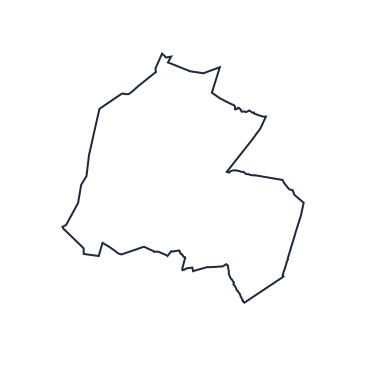 García, Nuevo León, Mexico (Robinson projection), rotated 38°
{"feature_id": "50627088B2977795978715", "entity_name": "García", "entity_type": "district", "adm_level": 2, "iso_a3": "MEX", "parent_name": "Mexico", "parent_adm1": "Nuevo León", "projection": "robinson", "projection_center": [-100.588, 25.805], "detail": "fine", "context": "isolated", "style": "outline", "palette": "slate", "viewbox_px": 384, "rotation_deg": 38, "n_neighbors": 0, "source": "geoboundaries", "source_scale": "gbopen_adm2", "svg_char_len": 5353}
<svg xmlns="http://www.w3.org/2000/svg" viewBox="0 0 384 384"><g transform="rotate(38 192 192)"><path d="M141.3,303.1L144.8,307.5L157.9,299.9L152.8,287.2L154.7,286.9L160.3,286.2L166.4,285.8L171.3,285.9L174.8,284.7L183.9,270.8L185.6,268.1L187.2,265.6L188.3,264.6L189.9,264.2L193.9,263.3L195.6,262.9L198.8,262.1L198.9,262.3L199.0,262.2L199.4,262.1L199.6,262.0L199.8,261.8L200.1,261.5L201.0,260.7L201.8,260.1L202.0,259.9L202.7,259.6L204.2,259.2L205.9,258.8L207.7,258.3L208.8,258.0L210.8,257.6L211.8,257.3L212.1,257.4L212.1,251.4L212.3,251.3L212.7,251.1L212.8,251.1L213.2,251.0L213.4,250.9L213.5,250.8L213.6,250.7L213.7,250.4L218.0,245.9L218.2,246.0L218.6,246.4L218.9,246.5L219.3,246.5L219.6,246.8L220.1,247.2L220.2,247.3L220.3,247.3L220.4,247.2L220.6,247.3L220.7,247.2L221.6,247.6L221.9,247.7L222.6,247.2L225.0,248.2L225.6,248.1L226.0,247.9L226.3,247.9L226.5,248.0L226.7,247.9L226.8,247.8L227.0,247.8L231.7,258.8L231.9,258.8L232.1,258.9L232.5,259.2L232.7,259.4L233.3,258.6L233.7,258.0L233.9,257.7L234.2,257.0L234.4,256.5L234.6,255.9L234.9,255.4L235.4,254.8L235.8,254.4L236.7,253.5L237.6,252.6L238.7,251.4L238.9,251.5L241.6,253.7L241.8,253.3L243.3,251.3L246.5,246.9L246.9,246.4L249.4,242.9L249.8,242.4L250.1,242.1L254.6,238.3L255.8,237.2L258.3,235.0L259.0,234.4L260.5,233.0L261.4,232.3L261.7,232.0L261.9,231.8L262.0,231.6L262.3,231.0L262.6,230.1L263.0,228.9L263.1,228.6L263.3,228.4L263.4,228.1L263.5,228.0L263.6,227.8L263.8,227.9L264.2,228.0L265.0,227.8L265.3,227.8L269.7,231.7L271.6,234.0L273.6,235.1L275.7,236.2L278.1,236.6L279.3,237.3L280.7,237.5L281.2,238.2L281.3,238.6L281.3,239.0L282.1,239.6L283.1,239.5L284.3,239.9L286.6,241.1L287.0,241.4L287.4,241.8L287.8,241.8L288.5,241.8L289.6,241.9L290.4,242.4L291.0,242.6L291.6,242.7L292.0,242.7L292.6,243.0L294.2,244.0L294.8,244.5L295.4,244.5L296.4,245.1L297.3,245.7L297.8,245.9L298.1,246.1L298.6,246.0L298.9,246.0L299.2,246.2L299.3,246.4L299.4,246.7L299.6,246.9L299.9,246.9L300.1,246.8L300.3,246.8L300.6,246.9L300.8,247.0L301.2,246.9L301.5,246.9L307.8,227.6L309.7,222.0L310.7,218.8L311.8,215.7L312.4,214.0L313.5,210.5L315.3,205.2L315.6,204.1L316.1,202.5L316.1,202.2L315.9,202.2L315.7,202.2L315.4,202.2L315.0,202.1L314.9,201.6L314.6,201.6L314.5,201.4L314.4,201.3L314.4,201.2L314.2,200.6L314.1,200.4L314.0,200.1L313.8,199.5L313.4,198.6L313.1,197.8L312.9,197.4L312.9,197.2L312.8,196.7L312.4,195.4L311.1,192.1L310.6,190.8L310.1,189.5L310.1,189.4L309.8,189.2L309.7,189.1L309.6,188.8L309.4,187.7L309.3,187.2L309.1,186.0L309.0,185.9L308.9,185.8L308.5,185.7L308.4,185.6L308.2,185.1L307.5,183.2L307.0,181.9L306.2,179.8L306.1,179.6L304.6,175.6L304.5,175.4L304.4,175.4L304.4,175.2L303.7,173.4L303.3,172.3L302.9,171.4L302.5,170.5L302.5,170.3L301.8,168.4L299.6,162.7L298.2,159.3L292.3,143.4L286.6,131.7L274.5,131.2L273.1,130.5L272.3,129.7L270.3,129.0L270.3,128.7L266.8,130.0L259.4,128.3L255.9,126.8L231.2,140.1L231.3,140.2L230.9,140.4L230.7,140.5L230.4,140.7L230.2,141.0L229.8,141.2L229.6,141.4L229.5,141.5L229.3,141.7L228.7,142.0L228.4,142.2L227.9,142.3L227.5,142.6L227.2,142.7L226.7,142.9L226.3,142.9L225.7,143.2L225.5,143.3L225.3,143.3L225.0,143.5L224.8,143.8L224.6,143.9L224.4,144.0L224.1,144.2L223.9,144.3L223.6,144.4L223.3,144.5L223.0,144.4L222.9,144.5L222.7,144.6L222.3,144.6L222.2,144.5L221.9,144.5L221.7,144.4L221.4,144.4L221.2,144.4L220.9,144.4L220.6,144.5L220.3,144.6L220.0,144.6L219.5,145.0L219.3,145.1L218.8,145.4L218.6,145.6L218.3,145.8L218.1,145.8L217.9,145.9L217.6,145.9L217.2,146.1L216.7,146.3L216.3,146.4L216.0,146.5L215.8,146.6L215.5,146.8L215.2,147.0L214.9,147.1L214.7,147.3L214.3,147.5L213.9,147.7L213.7,147.8L213.2,147.9L213.0,148.0L212.9,148.1L212.8,148.3L212.5,148.5L212.2,148.7L212.0,148.9L211.9,149.1L211.6,149.3L210.9,149.9L210.7,150.2L210.4,150.6L210.1,151.1L209.6,152.1L209.5,152.4L209.3,152.8L209.1,153.1L209.1,153.4L209.2,153.8L208.8,154.1L208.5,154.2L208.1,154.3L207.8,154.3L207.6,154.4L207.5,154.5L207.0,154.7L207.0,154.4L207.2,116.2L206.9,104.4L206.8,99.7L205.2,93.1L203.8,87.1L201.3,89.0L197.4,90.4L192.8,91.9L191.9,91.2L191.2,92.0L190.8,92.2L190.6,92.4L190.3,92.4L189.5,92.3L189.1,92.3L188.7,92.4L188.4,92.4L187.8,92.5L187.4,92.5L187.1,92.5L186.9,92.7L186.5,93.2L186.4,93.6L186.4,93.8L186.0,94.5L185.9,94.7L185.7,95.2L185.6,95.3L185.5,95.5L185.1,96.0L184.5,96.0L184.4,96.0L184.2,96.1L183.8,96.3L183.6,96.4L183.5,96.6L182.7,97.2L182.4,97.5L181.9,97.8L181.8,98.0L181.7,98.1L181.3,98.1L180.8,97.6L180.6,97.4L180.4,97.3L180.2,97.2L179.9,97.2L179.7,97.2L179.3,97.0L178.6,96.9L178.3,96.9L178.1,97.0L177.6,97.0L177.4,97.0L177.2,97.0L177.1,96.9L176.8,97.0L176.5,97.2L176.4,97.3L176.4,97.5L176.5,98.4L176.4,98.5L176.0,99.3L175.8,99.6L175.5,99.9L174.9,100.3L174.8,100.1L173.7,98.7L173.4,98.4L173.2,98.2L172.7,98.0L172.5,97.9L172.2,97.9L171.6,97.8L171.3,97.8L170.8,98.0L168.0,98.7L165.1,99.3L162.2,99.9L159.3,100.4L157.2,100.9L153.7,101.1L148.7,101.4L146.6,101.6L146.4,101.2L144.6,96.4L137.1,76.5L127.9,91.4L116.2,98.0L94.0,104.5L93.3,104.7L92.2,98.1L88.8,102.0L85.8,101.6L83.2,101.4L87.2,117.3L89.7,119.6L89.3,121.1L84.3,142.2L83.4,147.7L82.4,152.2L81.7,154.0L80.1,155.3L76.5,157.3L76.1,157.9L67.9,183.4L71.1,190.3L72.1,192.4L77.8,204.6L83.1,215.6L88.3,226.7L89.0,227.8L99.1,244.5L100.2,254.5L109.0,270.8L113.1,295.4L111.4,299.3L112.7,300.0L113.5,300.1L113.9,300.2L114.0,300.2L115.2,300.3L116.4,300.4L122.1,301.0L131.7,302.0L141.3,303.1Z" fill="none" stroke="#1e293b" stroke-width="2"/></g></svg>